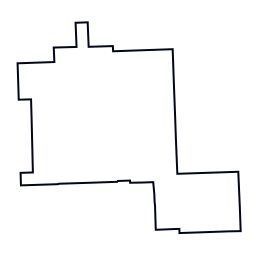 Chaves, New Mexico, United States of America, rotated 268°
{"feature_id": "52423323B32246312222809", "entity_name": "Chaves", "entity_type": "district", "adm_level": 2, "iso_a3": "USA", "parent_name": "United States of America", "parent_adm1": "New Mexico", "projection": "mercator", "projection_center": [-104.512, 33.304], "detail": "fine", "context": "isolated", "style": "outline", "palette": "ink", "viewbox_px": 256, "rotation_deg": 268, "n_neighbors": 0, "source": "geoboundaries", "source_scale": "gbopen_adm2", "svg_char_len": 730}
<svg xmlns="http://www.w3.org/2000/svg" viewBox="0 0 256 256"><g transform="rotate(268 128 128)"><path d="M74.4,19.0L74.3,56.0L74.7,57.0L74.6,88.0L74.6,91.9L74.6,115.3L75.4,116.0L75.4,122.4L75.4,128.2L73.2,128.2L73.0,140.0L73.0,151.3L61.3,152.0L53.4,152.0L49.5,152.3L25.3,152.2L25.4,170.2L25.4,175.8L21.2,175.8L21.2,225.1L21.0,237.0L44.8,237.0L79.3,236.7L80.4,236.7L80.5,175.7L114.2,175.5L136.1,175.5L136.5,175.5L172.2,175.4L199.6,175.4L203.8,175.4L205.2,175.4L205.2,148.1L205.2,127.3L205.2,115.8L210.4,115.7L210.5,91.5L235.0,91.4L235.0,79.3L210.8,79.4L211.0,56.6L196.5,56.7L196.5,19.9L192.6,19.9L184.4,19.9L160.1,19.8L160.0,32.1L141.3,32.0L86.9,31.4L86.9,19.1L74.4,19.0Z" fill="none" stroke="#020617" stroke-width="2"/></g></svg>